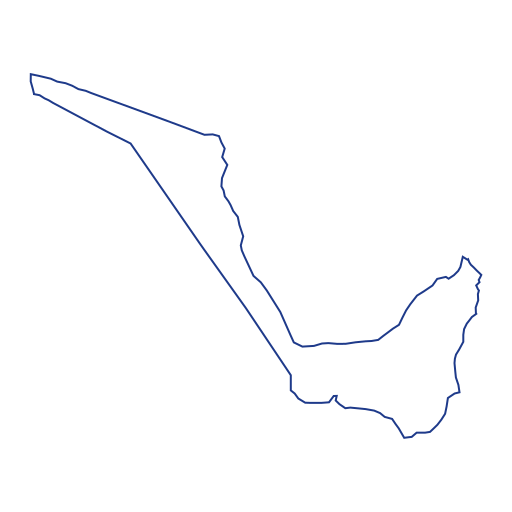 Androlikou, Paphos, Cyprus (Equal Earth projection)
{"feature_id": "46923920B67350241832672", "entity_name": "Androlikou", "entity_type": "district", "adm_level": 2, "iso_a3": "CYP", "parent_name": "Cyprus", "parent_adm1": "Paphos", "projection": "equal_earth", "projection_center": [32.356, 35.027], "detail": "fine", "context": "isolated", "style": "outline", "palette": "blue", "viewbox_px": 512, "rotation_deg": 0, "n_neighbors": 0, "source": "geoboundaries", "source_scale": "gbopen_adm2", "svg_char_len": 1823}
<svg xmlns="http://www.w3.org/2000/svg" viewBox="0 0 512 512"><path d="M462.8,256.8L460.4,267.0L458.2,270.9L453.9,275.2L448.6,278.7L445.9,276.9L437.2,278.9L432.5,285.5L424.2,291.1L417.0,295.6L410.3,304.2L406.1,310.4L402.4,317.7L399.0,324.8L393.0,328.6L383.0,336.1L378.2,339.9L371.5,341.0L365.7,341.3L355.5,342.3L345.7,343.8L337.5,343.9L328.4,343.1L322.0,343.5L314.0,345.9L302.4,346.6L293.8,342.4L290.4,334.9L280.3,312.0L266.8,290.5L260.8,282.3L253.5,275.9L248.7,265.6L244.4,256.4L241.8,250.4L240.8,245.4L243.2,236.3L239.4,224.9L237.8,216.9L233.2,211.0L230.6,205.1L228.4,201.2L224.8,196.4L223.6,190.5L221.4,186.4L222.0,178.1L227.3,164.9L222.2,157.1L224.7,148.6L221.4,142.4L219.0,136.1L212.7,134.4L204.5,134.8L167.5,121.0L91.1,93.0L85.7,90.8L78.4,89.1L72.1,85.7L65.6,83.2L57.2,81.6L50.8,78.7L38.6,75.8L30.8,74.2L30.7,81.4L32.8,88.9L34.0,93.8L34.0,94.1L39.6,95.2L44.6,98.4L48.6,100.2L53.2,103.0L106.7,131.5L130.6,143.5L199.6,243.2L203.9,249.3L246.0,308.3L290.8,375.2L290.8,390.4L294.7,393.5L298.3,398.5L305.2,402.7L311.2,402.9L321.1,402.9L329.0,402.3L333.7,396.0L336.7,395.9L335.7,400.5L339.5,404.2L345.3,408.2L350.3,407.6L357.6,408.3L365.7,409.1L374.2,410.6L380.1,413.1L384.7,416.9L392.1,418.9L395.4,423.8L398.7,428.3L404.2,437.8L408.9,437.2L411.7,436.9L416.6,432.7L424.9,432.7L430.0,431.9L433.5,428.6L437.4,424.8L441.4,419.6L445.1,413.8L446.6,406.5L447.9,398.0L454.6,393.5L459.5,392.3L458.4,384.9L455.9,377.5L455.3,371.8L454.5,363.1L454.9,358.7L456.0,354.6L459.2,349.4L463.3,341.8L463.3,334.8L464.1,329.1L466.8,323.6L469.1,320.7L471.9,317.0L476.3,313.8L475.9,313.0L475.7,307.5L478.2,300.4L477.9,294.1L478.9,290.5L477.9,289.1L476.2,285.4L479.5,282.2L478.7,280.0L480.2,277.3L481.3,274.9L476.6,270.4L473.8,267.5L470.8,264.7L469.2,262.1L468.1,259.2L467.4,259.7L462.8,256.8Z" fill="none" stroke="#1e3a8a" stroke-width="2"/></svg>